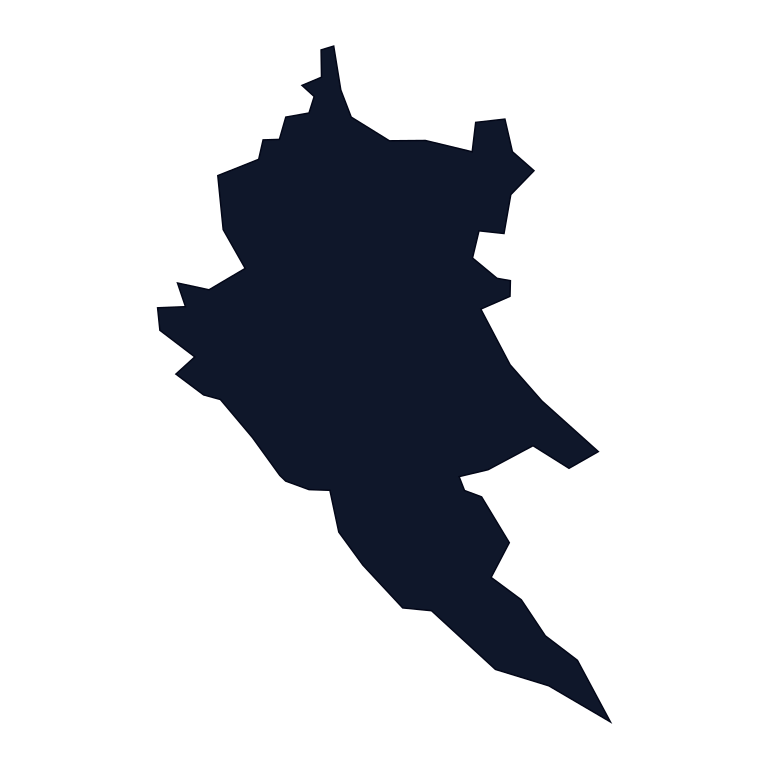 outline of Dzhambay, Samarkand, Uzbekistan
{"feature_id": "79887680B27058586610976", "entity_name": "Dzhambay", "entity_type": "district", "adm_level": 2, "iso_a3": "UZB", "parent_name": "Uzbekistan", "parent_adm1": "Samarkand", "projection": "albers", "projection_center": [67.125, 39.732], "detail": "fine", "context": "isolated", "style": "filled", "palette": "ink", "viewbox_px": 768, "rotation_deg": 0, "n_neighbors": 0, "source": "geoboundaries", "source_scale": "gbopen_adm2", "svg_char_len": 918}
<svg xmlns="http://www.w3.org/2000/svg" viewBox="0 0 768 768"><path d="M362.9,565.1L402.7,607.9L431.5,610.7L495.4,669.4L548.8,685.8L610.4,721.9L577.4,660.3L545.3,635.8L521.3,599.8L491.1,577.4L509.3,542.7L481.6,496.9L464.5,490.5L459.1,476.6L488.1,469.7L533.0,445.7L569.0,468.3L598.3,451.6L541.9,401.0L510.1,364.8L480.8,309.1L510.0,296.3L510.4,280.7L497.0,278.3L472.5,258.0L479.0,230.8L504.0,233.5L510.8,194.6L534.0,170.7L512.4,151.7L504.9,119.1L475.7,122.4L472.2,151.8L425.4,140.5L389.4,140.8L351.2,117.1L340.8,90.0L333.7,46.1L321.1,49.9L321.5,77.2L302.0,85.4L314.2,96.5L309.0,113.0L285.8,117.1L279.4,139.4L263.1,139.9L258.7,159.3L217.8,175.6L223.2,229.6L245.2,268.4L209.0,289.8L177.5,283.0L185.5,306.7L157.6,307.8L159.9,330.3L194.8,356.9L175.9,374.1L203.6,394.9L220.4,399.5L252.4,437.5L279.8,475.4L285.7,481.1L309.0,489.6L329.9,490.3L338.8,532.1L362.9,565.1Z" fill="#0f172a" stroke="#020617" stroke-width="1.5"/></svg>